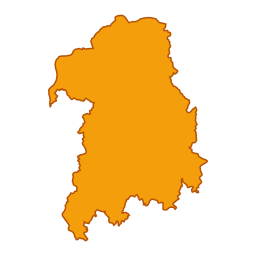 the district of Placas, Pará, Brazil
{"feature_id": "56859067B95066885708505", "entity_name": "Placas", "entity_type": "district", "adm_level": 2, "iso_a3": "BRA", "parent_name": "Brazil", "parent_adm1": "Pará", "projection": "natural_earth1", "projection_center": [-54.527, -3.914], "detail": "fine", "context": "isolated", "style": "filled", "palette": "amber", "viewbox_px": 256, "rotation_deg": 0, "n_neighbors": 0, "source": "geoboundaries", "source_scale": "gbopen_adm2", "svg_char_len": 5746}
<svg xmlns="http://www.w3.org/2000/svg" viewBox="0 0 256 256"><path d="M198.4,192.5L198.5,191.9L198.2,191.1L196.7,190.6L196.4,189.8L196.5,188.5L197.2,187.8L198.6,187.4L198.4,186.1L198.8,185.0L201.1,183.0L201.6,181.8L199.5,178.4L199.8,177.0L201.7,175.5L202.0,174.7L201.6,172.9L200.6,171.5L200.0,167.0L200.9,165.6L206.4,162.3L207.1,161.7L207.2,160.9L206.4,160.2L202.2,158.5L199.1,156.6L198.6,156.2L198.1,154.3L197.4,153.6L193.9,153.1L192.7,152.6L191.8,151.9L191.9,149.6L189.2,147.8L189.2,147.2L190.4,147.2L191.0,146.9L192.3,143.0L192.9,142.6L194.1,142.8L195.3,142.4L196.6,140.1L196.2,137.5L196.3,135.2L195.8,131.7L194.7,130.6L196.1,128.4L195.3,126.3L196.9,124.8L197.0,124.2L196.2,122.9L195.3,119.8L195.8,118.4L195.6,116.1L196.4,114.6L195.6,112.9L196.7,110.0L195.6,107.2L193.1,109.0L190.1,112.3L188.9,112.6L187.7,112.5L186.8,111.2L186.3,109.7L187.5,108.4L187.9,105.9L189.6,102.8L189.2,100.2L188.5,100.1L186.3,98.5L185.1,98.4L184.4,96.8L182.8,95.6L182.3,94.1L180.5,93.0L179.6,90.2L178.0,89.1L176.6,87.5L174.5,86.2L173.4,86.4L172.7,84.5L171.4,83.0L170.9,79.3L170.3,78.9L169.7,76.9L171.5,76.7L172.2,75.5L173.3,74.6L173.6,73.0L175.1,73.9L175.7,73.7L177.6,71.6L177.5,70.7L173.9,68.0L173.0,66.5L172.6,62.6L170.9,60.5L171.0,58.1L170.5,57.6L168.7,57.6L168.0,56.9L168.2,55.0L169.5,53.4L169.4,51.5L169.0,50.2L169.2,48.3L170.5,46.6L170.5,46.0L169.6,43.9L169.8,41.9L168.8,41.1L168.6,39.9L167.5,39.4L167.6,38.8L167.2,38.3L167.6,37.1L168.1,36.6L170.4,35.6L170.7,33.5L170.0,32.4L168.2,32.4L167.8,30.8L167.3,30.4L164.6,30.7L163.6,30.0L163.8,29.3L165.5,27.1L165.8,24.0L159.3,22.5L155.9,18.9L151.0,17.7L147.7,17.6L143.5,18.2L140.4,18.9L138.5,20.4L135.9,21.6L132.7,21.6L129.1,22.6L128.6,22.4L125.3,17.5L123.9,16.2L122.5,15.5L120.8,15.4L117.7,15.8L115.2,17.2L115.4,20.3L111.5,23.9L110.1,26.0L107.3,25.9L105.3,26.8L103.3,26.9L100.0,29.8L98.9,31.5L96.4,33.3L94.8,35.4L93.9,37.3L91.8,38.7L90.9,41.3L93.1,48.4L87.5,48.7L86.0,49.1L84.8,48.9L83.5,48.1L82.6,48.3L82.3,49.6L79.0,48.5L75.2,49.4L73.4,51.0L71.9,54.1L70.9,55.0L66.7,55.9L61.2,56.1L59.0,56.6L58.1,58.2L56.6,59.4L55.7,61.4L55.1,64.4L55.7,68.7L56.2,69.6L57.0,74.0L57.1,75.4L56.3,80.4L53.9,84.7L49.8,88.3L48.8,89.8L49.0,94.5L49.6,96.3L50.2,99.7L49.7,104.1L50.3,106.6L50.8,106.2L50.9,104.0L52.7,103.1L54.1,101.7L56.0,101.2L56.3,100.4L55.7,99.1L55.8,98.3L56.8,97.6L56.8,97.0L57.5,96.1L55.4,94.0L54.9,92.5L56.0,91.8L56.5,90.3L57.1,89.7L57.7,89.4L59.1,90.5L60.0,89.6L60.7,89.9L61.1,89.2L61.7,89.5L62.3,88.9L63.2,89.9L64.1,90.3L64.6,89.8L66.1,90.6L67.3,94.9L68.7,95.7L70.5,98.6L71.5,99.4L72.2,99.4L74.2,98.0L77.0,99.8L78.9,99.7L80.9,100.6L81.7,100.4L83.4,101.2L84.4,99.9L85.0,99.8L85.2,98.5L85.8,98.3L87.7,99.3L88.0,99.9L89.1,100.2L90.5,101.7L91.1,101.6L93.2,102.9L94.0,102.7L93.3,104.2L93.3,107.3L92.2,108.0L91.4,110.4L90.6,110.2L89.8,110.6L89.7,112.1L90.3,113.2L90.2,113.9L89.1,114.4L88.0,113.7L86.7,113.6L83.4,115.1L83.0,115.8L82.6,117.2L83.9,119.0L84.9,122.4L84.6,123.0L83.4,123.5L83.0,124.1L83.0,125.9L80.5,128.0L79.8,129.2L79.6,130.6L78.0,131.9L77.9,132.5L78.3,133.0L79.8,133.6L83.5,132.4L83.4,135.5L84.3,137.2L82.4,138.9L82.5,139.5L83.6,141.1L82.4,143.2L82.7,144.5L84.0,146.0L85.8,149.5L86.1,151.4L86.0,153.0L85.3,153.5L81.4,154.8L80.3,154.8L79.6,155.3L79.4,156.0L78.2,155.9L77.7,157.1L78.2,158.0L79.4,158.8L79.1,159.4L77.8,160.2L77.9,160.8L79.4,161.8L79.1,163.8L79.3,164.4L80.0,164.7L80.0,165.9L79.0,167.9L80.1,170.4L78.2,170.8L77.7,172.2L74.8,172.4L73.9,172.9L73.3,173.3L72.8,174.8L73.3,176.3L72.4,181.6L73.6,184.1L73.4,184.8L76.4,186.4L76.9,187.3L76.9,190.8L76.4,191.3L75.3,191.2L74.6,191.6L73.7,193.2L72.4,193.5L70.9,193.0L70.1,194.7L67.2,198.0L68.0,201.6L66.9,201.9L66.5,202.6L66.6,203.4L65.4,205.2L65.2,206.2L65.7,207.5L65.4,208.9L63.9,211.8L62.8,212.9L62.3,214.6L62.7,216.2L65.0,219.2L65.3,220.1L66.6,221.0L67.0,222.1L68.9,224.7L69.2,226.0L68.3,228.8L68.8,230.2L71.4,231.2L73.3,232.5L74.4,234.8L74.7,236.7L75.6,237.6L76.2,239.6L77.6,239.6L78.7,238.3L79.6,237.9L81.9,238.8L83.2,238.6L85.1,240.5L85.8,240.6L87.3,239.7L87.6,238.9L84.5,234.6L83.9,233.0L84.5,232.4L86.9,231.7L87.6,229.9L87.1,229.4L86.5,229.6L86.1,229.1L87.2,228.0L86.8,227.3L84.5,226.3L83.8,225.2L83.6,224.6L84.3,223.3L84.3,221.9L84.8,221.9L85.3,222.8L89.0,223.5L89.5,221.7L91.3,219.8L92.7,216.6L93.8,215.3L94.6,215.5L95.1,216.3L95.7,216.6L96.3,216.0L95.0,212.4L96.3,210.4L97.6,209.6L98.8,210.5L103.1,211.8L105.0,211.2L105.1,212.0L104.7,212.8L105.0,213.4L109.0,217.8L108.9,220.5L109.1,221.9L109.6,222.7L111.6,222.8L112.8,223.5L113.9,225.3L116.0,223.2L116.9,221.0L117.5,221.2L118.1,222.1L118.4,225.5L119.0,225.8L120.0,224.2L121.1,223.3L121.7,220.7L123.9,221.8L125.5,219.1L127.2,218.8L127.7,218.2L128.0,217.7L127.6,216.2L129.3,215.5L128.6,214.1L126.9,213.0L125.3,212.4L122.2,213.1L122.1,212.1L123.2,210.4L123.6,208.4L124.6,206.9L125.4,202.4L126.4,201.4L126.3,200.0L126.7,199.4L127.7,199.5L128.1,199.1L130.0,196.5L131.0,196.0L132.5,195.9L134.7,196.8L134.9,196.0L136.8,194.9L137.3,195.1L139.3,199.6L139.8,200.1L141.8,198.8L142.3,199.1L143.4,202.2L143.5,204.6L145.2,203.8L144.8,204.9L145.7,205.7L147.3,205.4L148.5,204.0L149.9,200.7L151.6,199.2L153.0,199.2L157.3,200.6L158.3,203.0L162.5,202.4L162.9,203.1L163.1,204.8L163.0,208.9L163.3,209.5L164.2,209.9L166.9,209.7L169.3,207.6L170.4,207.2L173.5,207.3L175.2,209.2L176.3,207.9L176.3,207.3L175.9,206.8L173.3,204.8L173.1,204.2L173.2,203.3L177.3,199.9L178.8,199.2L178.8,198.6L177.8,197.9L177.9,195.6L179.4,194.8L180.1,194.1L180.2,193.2L179.2,192.4L179.0,191.5L180.4,188.9L180.9,186.6L182.1,186.4L182.3,185.4L181.6,183.2L181.3,180.9L181.7,179.1L182.1,178.7L182.6,179.5L182.7,181.7L186.5,184.7L187.6,187.2L188.1,187.6L191.8,186.3L193.0,186.8L192.9,187.7L191.7,189.5L191.7,190.7L192.2,191.9L192.8,192.1L194.7,190.8L196.5,192.3L197.3,192.7L198.4,192.5Z" fill="#f59e0b" stroke="#b45309" stroke-width="1.5"/></svg>